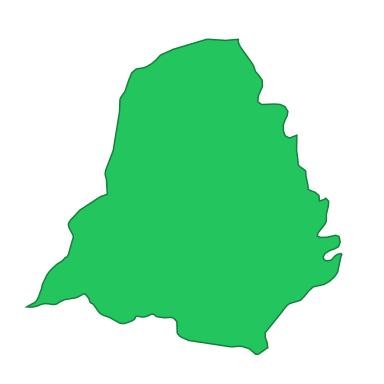 map outline of Kunduz (orthographic projection), rotated 95°
{"feature_id": "AFG-1763", "entity_name": "Kunduz", "entity_type": "Province", "adm_level": 1, "iso_a3": "AFG", "parent_name": "Afghanistan", "parent_adm1": "", "projection": "orthographic", "projection_center": [68.869, 36.818], "detail": "fine", "context": "isolated", "style": "filled", "palette": "green", "viewbox_px": 384, "rotation_deg": 95, "n_neighbors": 0, "source": "natural_earth", "source_scale": "10m", "svg_char_len": 2601}
<svg xmlns="http://www.w3.org/2000/svg" viewBox="0 0 384 384"><g transform="rotate(95 192 192)"><path d="M325.8,106.8L330.6,106.3L335.3,104.1L340.7,102.9L341.1,103.9L347.6,111.4L347.9,112.7L348.1,114.5L343.7,120.5L343.1,121.6L341.5,128.5L341.6,131.3L341.9,134.1L342.7,138.1L342.8,140.5L340.2,182.2L337.4,190.6L334.8,193.7L334.0,194.2L333.3,194.5L322.4,195.8L319.2,199.3L319.0,200.4L318.8,202.5L319.7,208.5L319.4,214.9L319.1,216.8L317.5,218.8L317.2,219.4L317.1,220.3L317.3,221.6L317.5,222.1L319.6,225.8L320.6,228.6L320.9,231.0L320.8,233.2L320.4,235.9L320.8,237.0L321.6,237.5L322.8,237.7L323.3,237.9L323.9,238.3L324.5,239.0L326.1,241.5L328.9,247.6L329.1,250.3L328.8,252.9L324.3,262.9L322.5,269.5L321.7,271.6L320.8,273.1L319.7,274.4L313.0,280.0L312.4,280.8L311.9,281.6L311.7,282.4L311.3,283.1L310.8,283.8L309.7,284.4L306.9,285.6L303.2,289.2L303.0,290.1L303.0,291.4L305.1,294.2L307.5,298.4L310.2,309.2L313.1,314.2L315.3,317.0L316.1,319.3L316.2,322.0L315.9,324.9L316.0,328.9L316.9,332.0L319.1,336.4L320.2,339.5L320.7,341.9L320.8,346.6L317.5,341.8L316.6,340.2L315.4,338.6L313.5,337.2L310.5,335.9L301.4,333.5L297.0,332.9L287.4,329.4L282.7,326.5L275.8,320.4L272.9,316.5L271.3,314.7L268.5,312.6L268.2,312.2L267.9,311.6L267.7,311.0L264.8,309.6L253.3,307.5L247.4,306.3L246.2,306.5L244.9,307.1L238.3,311.3L236.5,312.0L234.9,312.4L232.7,311.8L230.2,310.3L219.7,302.0L204.6,282.8L201.6,276.2L186.9,278.3L183.1,279.8L180.6,280.1L177.9,279.9L157.6,274.1L118.7,271.2L106.0,271.8L103.8,271.1L97.9,267.6L86.3,264.8L78.5,262.4L74.3,258.2L72.5,251.1L71.0,247.9L67.7,243.4L63.0,238.8L59.2,236.0L57.7,234.3L51.4,222.9L38.9,191.4L38.4,188.9L38.1,171.9L35.9,159.5L36.0,159.1L37.9,159.2L40.7,158.0L43.2,156.5L59.0,143.0L61.9,141.2L66.3,139.4L70.2,135.4L74.6,131.8L80.8,131.0L90.5,134.3L96.2,134.4L98.8,130.2L97.2,117.7L97.1,111.7L98.9,106.8L103.4,103.5L108.0,103.9L112.6,105.7L117.3,106.9L123.5,106.2L128.1,103.9L129.7,99.5L126.3,92.5L141.0,91.5L152.3,89.0L154.8,88.8L156.9,87.5L160.2,81.8L161.4,80.5L166.1,79.9L175.0,77.1L179.2,76.5L180.2,74.2L181.5,69.4L184.4,65.2L189.8,64.3L188.4,60.7L187.7,59.4L186.5,58.2L189.2,55.1L193.5,54.9L202.7,56.2L207.6,55.7L210.7,56.0L213.4,57.4L222.2,63.1L225.0,63.3L226.0,60.4L225.4,54.0L222.6,45.1L223.5,41.7L228.7,40.0L233.7,41.3L236.3,45.1L238.4,49.8L241.6,54.0L245.0,55.6L247.6,54.9L248.9,52.3L248.0,48.0L246.9,46.7L243.1,43.8L241.6,41.9L240.3,38.3L241.0,37.4L242.4,37.6L243.2,38.0L259.3,40.0L264.0,42.6L268.8,47.0L272.5,52.2L276.0,63.0L280.7,67.3L286.1,70.9L290.4,74.5L294.6,85.0L296.8,87.5L302.1,91.1L303.3,91.7L325.8,106.8Z" fill="#22c55e" stroke="#15803d" stroke-width="1.5"/></g></svg>